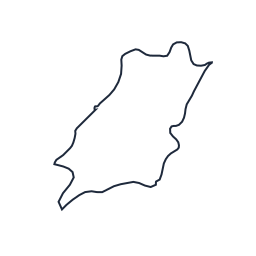 Ilocos Norte, Mercator projection, rotated 20°
{"feature_id": "PHL-2547", "entity_name": "Ilocos Norte", "entity_type": "Province", "adm_level": 1, "iso_a3": "PHL", "parent_name": "Philippines", "parent_adm1": "", "projection": "mercator", "projection_center": [120.728, 18.175], "detail": "fine", "context": "isolated", "style": "outline", "palette": "slate", "viewbox_px": 256, "rotation_deg": 20, "n_neighbors": 0, "source": "natural_earth", "source_scale": "10m", "svg_char_len": 1385}
<svg xmlns="http://www.w3.org/2000/svg" viewBox="0 0 256 256"><g transform="rotate(20 128 128)"><path d="M71.2,187.2L71.0,185.4L71.6,182.4L76.3,175.7L80.5,166.7L81.4,163.9L81.6,160.3L81.3,155.7L80.6,151.4L79.4,148.7L80.0,145.8L91.2,122.0L90.7,122.3L90.0,121.6L89.6,120.3L89.6,119.1L90.1,118.7L91.1,118.4L92.0,117.9L92.4,117.1L93.2,114.5L99.2,103.4L101.8,96.5L103.2,88.2L103.0,79.6L100.7,71.6L98.3,66.0L98.1,62.4L100.0,59.3L104.1,55.0L108.2,51.5L111.4,50.9L119.9,52.8L124.1,52.4L133.0,49.2L136.8,48.5L140.1,46.7L141.1,42.5L141.1,37.6L141.8,34.0L144.5,30.9L148.6,29.2L152.8,28.9L156.1,30.4L159.1,34.3L164.3,42.8L167.8,45.5L171.3,45.7L175.3,44.5L178.7,42.5L180.1,40.5L181.7,38.9L185.0,37.3L184.9,37.3L182.6,40.8L180.6,48.2L177.4,70.9L177.0,75.8L175.1,85.7L175.6,90.6L176.6,94.8L177.1,99.2L176.7,103.6L174.8,107.6L172.4,109.6L170.1,110.5L168.4,111.6L167.8,114.3L169.4,118.2L173.1,120.5L177.2,122.2L180.1,124.2L181.8,126.8L182.4,129.1L181.7,131.3L177.0,137.2L175.2,140.6L174.2,144.3L173.8,149.0L175.4,160.2L175.4,165.6L172.7,168.7L172.8,169.5L173.6,171.8L169.5,175.7L163.6,176.3L157.2,175.9L151.5,176.8L140.4,183.3L134.7,187.5L125.7,197.1L120.6,198.9L115.4,199.9L109.6,202.9L105.2,207.7L100.6,214.2L96.5,221.2L93.8,227.1L88.0,221.1L89.2,211.5L92.8,201.2L93.9,193.0L91.0,188.4L86.2,186.5L80.4,186.3L74.9,186.8L71.2,187.2L71.2,187.2Z" fill="none" stroke="#1e293b" stroke-width="2"/></g></svg>